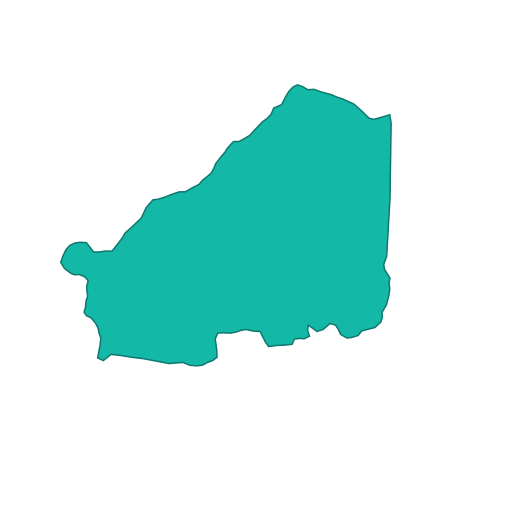 Seropédica, Rio de Janeiro, Brazil (Robinson projection), rotated 238°
{"feature_id": "56859067B7240640432543", "entity_name": "Seropédica", "entity_type": "district", "adm_level": 2, "iso_a3": "BRA", "parent_name": "Brazil", "parent_adm1": "Rio de Janeiro", "projection": "robinson", "projection_center": [-43.696, -22.752], "detail": "fine", "context": "isolated", "style": "filled", "palette": "teal", "viewbox_px": 512, "rotation_deg": 238, "n_neighbors": 0, "source": "geoboundaries", "source_scale": "gbopen_adm2", "svg_char_len": 2064}
<svg xmlns="http://www.w3.org/2000/svg" viewBox="0 0 512 512"><g transform="rotate(238 256 256)"><path d="M304.9,444.3L307.2,435.9L309.5,428.2L313.2,424.8L320.2,423.2L326.3,421.5L333.0,419.5L337.8,416.3L343.3,412.7L347.7,408.9L352.7,405.6L356.6,401.9L360.2,398.6L366.6,393.5L369.6,388.0L374.9,385.3L379.2,381.8L379.7,376.8L378.1,370.9L375.3,365.4L370.8,357.9L372.1,349.5L368.2,343.9L366.7,338.1L366.4,332.6L364.1,323.6L361.6,314.3L361.8,307.7L362.1,302.1L365.0,297.6L362.8,289.4L360.5,284.6L358.2,277.4L355.7,270.9L352.5,266.4L350.1,262.0L349.2,256.6L348.6,250.7L346.9,245.6L347.6,238.5L347.9,230.2L351.1,224.8L352.7,218.2L354.3,209.9L355.9,203.5L358.2,198.4L356.7,193.0L355.0,188.1L351.8,183.2L348.8,178.4L347.9,173.4L346.3,165.6L344.9,157.3L342.4,152.7L339.6,145.5L336.5,136.5L340.3,130.4L342.2,125.7L345.4,120.4L351.4,119.9L357.3,119.1L360.7,114.3L362.8,109.8L363.7,103.9L362.1,98.3L358.7,92.8L354.1,87.0L346.8,87.0L340.4,89.4L336.5,91.8L333.8,96.5L328.5,100.0L323.9,100.5L320.5,96.8L315.7,93.9L311.1,92.0L308.2,88.3L302.8,84.1L299.4,80.4L295.3,80.6L291.0,83.3L284.3,84.3L278.4,83.8L273.6,82.0L268.6,80.9L263.1,76.6L258.0,71.9L253.6,67.7L248.2,71.1L249.4,80.9L243.8,88.0L240.6,91.7L236.8,96.0L233.1,100.5L228.8,105.9L224.7,110.3L219.1,116.4L214.9,120.9L210.7,125.5L208.0,130.9L204.5,137.5L198.3,142.1L194.0,147.9L191.7,153.2L191.5,158.3L190.3,163.8L190.8,169.3L196.3,172.5L201.5,174.9L207.2,177.4L210.9,182.7L208.2,187.6L204.0,193.7L202.0,199.1L200.9,203.8L199.0,208.6L194.5,213.1L189.7,219.5L184.4,218.9L177.8,218.4L172.5,218.7L169.1,226.3L165.7,232.2L162.0,239.8L165.2,244.6L162.9,249.4L160.2,253.2L159.7,258.9L165.3,260.2L169.8,263.7L164.4,265.9L159.7,267.7L158.1,274.0L159.5,283.1L155.2,286.8L151.0,287.0L144.7,286.2L138.2,289.7L136.2,294.1L134.5,300.5L136.4,305.8L134.5,312.2L132.3,319.0L133.9,327.0L137.1,330.7L141.5,333.1L145.5,340.8L152.3,347.9L157.2,352.0L162.7,354.6L166.3,357.9L171.3,357.9L176.6,357.9L181.4,360.1L186.3,366.5L232.2,399.0L241.5,405.2L249.4,410.2L296.9,440.9L304.9,444.3Z" fill="#14b8a6" stroke="#0f766e" stroke-width="1.5"/></g></svg>